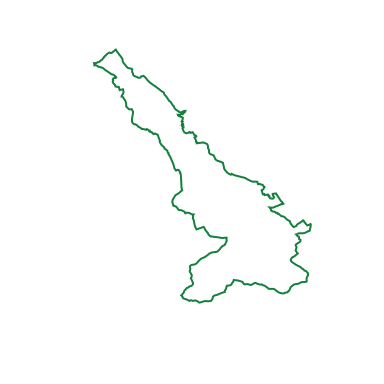 Agrij, Salaj, Romania, rotated 23°
{"feature_id": "2599482B62013931354747", "entity_name": "Agrij", "entity_type": "district", "adm_level": 2, "iso_a3": "ROU", "parent_name": "Romania", "parent_adm1": "Salaj", "projection": "equal_earth", "projection_center": [23.096, 47.059], "detail": "fine", "context": "isolated", "style": "outline", "palette": "green", "viewbox_px": 384, "rotation_deg": 23, "n_neighbors": 0, "source": "geoboundaries", "source_scale": "gbopen_adm2", "svg_char_len": 6059}
<svg xmlns="http://www.w3.org/2000/svg" viewBox="0 0 384 384"><g transform="rotate(23 192 192)"><path d="M246.2,287.5L250.0,286.1L252.0,284.8L252.6,282.3L252.3,280.1L252.9,278.7L255.5,276.7L258.4,273.6L261.2,271.2L260.8,270.9L260.9,268.9L261.2,268.0L260.8,266.2L260.7,264.7L263.3,263.2L264.1,262.3L264.4,261.6L264.4,260.6L265.0,258.7L264.8,256.7L268.9,255.5L273.3,255.0L275.0,255.9L275.8,256.5L276.2,256.5L279.4,255.0L282.5,254.7L285.5,251.0L286.0,250.8L288.3,251.0L290.8,250.6L292.4,249.8L293.7,250.1L295.8,249.9L300.7,251.1L305.0,249.3L305.9,249.3L310.6,250.5L312.6,250.5L315.3,249.9L316.3,249.3L317.0,248.4L319.2,246.9L319.2,246.1L319.8,245.2L320.1,243.9L320.0,240.9L322.1,237.2L325.7,234.9L328.3,232.0L331.2,230.7L332.5,229.5L331.4,227.2L331.1,225.7L331.3,223.4L330.9,222.1L330.4,221.4L327.8,220.2L326.1,220.4L324.9,219.6L322.9,219.4L321.0,218.7L316.3,218.4L311.0,217.3L309.7,216.4L309.3,215.4L309.7,213.2L311.2,211.5L313.4,207.2L312.3,206.8L310.2,205.3L310.0,202.3L308.2,200.5L308.3,199.4L310.8,195.7L311.0,195.0L310.6,193.7L308.9,193.4L308.3,191.9L307.7,191.3L306.8,191.5L304.5,190.4L305.2,189.9L305.5,189.2L306.3,188.4L310.7,186.4L312.5,184.9L314.3,182.7L315.4,181.8L314.6,177.0L314.3,176.6L314.1,175.6L313.9,175.3L313.5,175.2L312.6,176.5L311.2,177.8L307.0,175.7L306.8,175.2L305.3,174.7L305.0,175.5L303.4,178.1L301.6,180.6L301.3,181.6L301.4,182.4L299.3,184.6L296.6,183.4L294.8,182.3L293.7,180.7L290.1,180.2L286.8,178.9L285.0,178.9L284.0,179.3L283.5,179.3L279.8,178.1L279.4,178.6L278.3,177.9L277.1,178.4L276.0,177.9L274.0,178.3L272.8,178.3L272.0,178.0L271.3,177.0L269.4,175.9L271.9,175.2L273.3,174.2L274.8,172.5L277.0,170.5L279.3,167.7L279.7,168.1L280.0,167.9L280.7,167.1L278.3,165.7L277.4,165.6L269.9,160.5L267.0,162.2L267.8,163.5L269.2,164.4L269.5,164.8L269.5,166.1L268.4,166.8L266.5,167.3L266.1,167.2L264.9,165.5L264.2,165.2L264.1,165.9L263.6,165.6L262.8,164.7L260.0,166.5L259.3,165.7L258.1,166.4L255.4,163.2L256.5,161.9L256.8,159.0L255.9,158.9L254.2,157.8L252.4,158.2L251.1,158.0L249.8,159.1L249.4,158.8L248.2,157.1L247.9,157.1L244.7,158.3L244.0,158.8L242.7,158.9L237.8,158.7L235.4,158.3L224.2,160.0L221.3,159.8L221.0,160.9L218.7,160.8L216.8,160.4L213.5,158.7L212.1,157.5L211.7,156.7L209.1,153.1L208.8,153.3L207.4,152.8L205.6,153.2L204.6,153.0L203.8,153.3L202.1,153.2L200.6,152.6L197.8,149.9L195.1,149.8L194.3,150.1L192.9,149.5L192.1,148.7L191.4,146.9L189.5,145.2L188.7,143.4L187.5,142.1L186.3,141.8L184.1,142.1L183.2,141.9L177.3,145.3L176.8,144.1L175.9,144.1L175.7,143.3L175.1,142.5L172.9,140.8L173.4,140.0L174.3,139.4L174.0,138.7L171.6,138.5L169.5,136.8L169.2,136.7L167.9,137.9L166.8,138.3L166.4,137.7L165.1,139.2L163.8,140.2L161.8,140.1L160.8,139.6L158.4,137.2L158.3,136.6L158.8,136.1L157.7,135.6L156.4,134.6L156.3,133.8L156.8,133.5L157.5,133.6L157.1,133.1L157.2,132.7L156.0,132.2L155.3,131.5L155.7,130.8L154.9,130.7L155.0,128.5L154.5,127.1L150.1,127.2L149.0,126.8L148.7,126.4L150.8,125.7L151.9,124.4L153.1,124.1L153.1,123.3L154.2,121.4L154.2,119.9L152.8,120.6L152.0,121.9L150.3,123.3L148.9,123.4L147.3,122.8L145.6,122.7L142.9,121.5L142.0,120.3L140.4,119.7L137.2,117.5L135.5,117.1L131.2,114.3L128.4,113.0L127.2,111.5L123.2,110.8L121.9,110.2L120.4,110.0L118.2,109.4L117.7,109.1L117.3,109.2L111.4,108.0L107.5,106.6L105.1,105.1L102.0,104.0L100.0,105.6L100.0,106.3L99.6,107.0L98.1,107.8L93.0,107.7L91.9,106.9L91.3,105.9L90.1,105.1L89.0,102.3L88.1,102.1L84.8,102.9L82.8,102.2L78.4,99.8L76.9,98.5L76.1,96.8L75.5,96.3L67.9,91.9L66.2,90.7L63.8,95.2L62.7,95.9L61.6,95.8L60.3,97.5L58.5,101.4L58.3,101.9L58.5,102.3L57.9,103.5L57.7,104.8L55.8,108.3L55.3,108.9L54.5,109.3L54.0,110.2L53.2,110.9L51.5,111.6L52.7,113.6L53.9,112.9L55.0,112.8L56.8,113.3L57.5,112.9L59.1,113.0L59.4,112.8L61.6,112.7L64.4,113.6L66.4,113.9L69.6,114.6L70.6,114.7L71.7,115.1L73.9,114.7L76.3,115.4L77.2,115.9L76.7,116.5L77.1,116.9L76.8,117.2L76.0,117.1L75.2,118.3L75.1,119.2L75.8,119.9L75.8,121.3L77.0,122.6L79.3,123.5L80.4,124.8L83.7,124.0L85.6,126.5L88.1,124.5L88.5,124.4L90.1,127.2L90.1,129.3L89.7,130.7L89.9,131.7L90.6,131.4L91.0,131.5L94.8,133.9L96.4,135.7L97.1,136.8L97.9,138.8L100.1,139.9L101.9,140.5L104.2,139.3L106.2,141.0L107.0,142.9L108.1,148.0L109.2,150.5L110.2,151.6L112.0,152.2L112.9,152.2L113.4,151.8L114.2,151.9L116.1,152.3L117.1,152.9L119.4,153.0L121.2,153.6L122.3,153.1L125.5,152.7L125.6,151.9L126.3,151.8L127.3,151.8L128.4,152.3L129.0,152.1L129.0,152.8L130.3,153.1L131.0,152.7L131.8,152.7L132.8,153.5L133.4,153.6L133.7,153.4L134.1,153.6L134.8,152.7L138.0,152.7L138.4,153.0L140.4,155.4L142.5,157.4L142.7,158.5L144.2,159.7L145.5,160.6L149.1,161.8L149.6,162.8L152.1,163.2L153.2,163.7L153.7,164.5L154.3,165.2L155.2,165.3L155.7,166.5L157.7,167.7L163.7,173.4L166.7,177.2L169.0,178.5L169.7,177.5L170.4,177.0L171.2,177.0L172.5,177.8L173.6,178.7L173.5,179.2L174.5,179.7L177.4,185.3L180.2,191.2L181.7,193.7L182.3,194.4L181.9,194.9L180.3,198.3L178.0,201.5L177.3,206.4L177.3,207.0L177.9,209.2L178.3,209.4L179.1,210.6L180.3,211.9L180.6,211.6L183.5,211.8L186.7,213.7L189.5,212.9L192.8,213.1L193.2,213.3L193.6,214.0L194.3,214.2L195.1,213.2L197.4,212.3L200.3,212.6L202.2,212.1L201.9,213.0L202.7,214.4L202.9,215.7L205.0,217.7L205.9,219.3L207.9,222.1L208.9,223.1L210.8,224.6L216.4,219.6L217.3,220.1L218.7,221.4L221.5,223.1L222.3,223.3L223.5,224.5L224.4,225.0L226.5,225.6L233.7,223.5L237.8,222.6L239.4,221.6L241.7,220.6L242.0,221.7L243.0,223.3L242.9,227.4L242.6,228.2L241.5,229.5L240.4,231.5L240.0,233.7L238.8,236.7L237.8,237.6L233.8,240.0L231.9,242.0L231.8,242.6L229.3,246.8L226.3,250.0L224.9,253.4L224.3,255.4L223.3,257.2L220.0,259.4L219.3,260.5L219.2,261.5L220.6,263.6L221.0,266.1L224.3,268.6L224.5,269.6L224.9,270.4L224.6,271.9L226.5,273.4L227.9,274.9L228.3,275.1L228.8,276.0L228.7,277.6L228.0,278.8L226.4,280.1L226.2,281.0L224.6,282.6L224.2,284.3L223.9,284.6L223.6,285.6L223.5,286.4L223.7,288.1L223.1,289.5L222.9,290.6L222.5,291.4L224.0,291.9L224.4,292.3L224.6,292.8L225.4,293.3L229.8,293.0L231.8,293.3L232.3,293.2L232.8,292.4L233.2,292.1L234.2,291.9L235.1,292.0L237.4,290.5L240.0,290.4L241.7,291.0L242.7,290.5L246.2,287.5Z" fill="none" stroke="#15803d" stroke-width="2"/></g></svg>